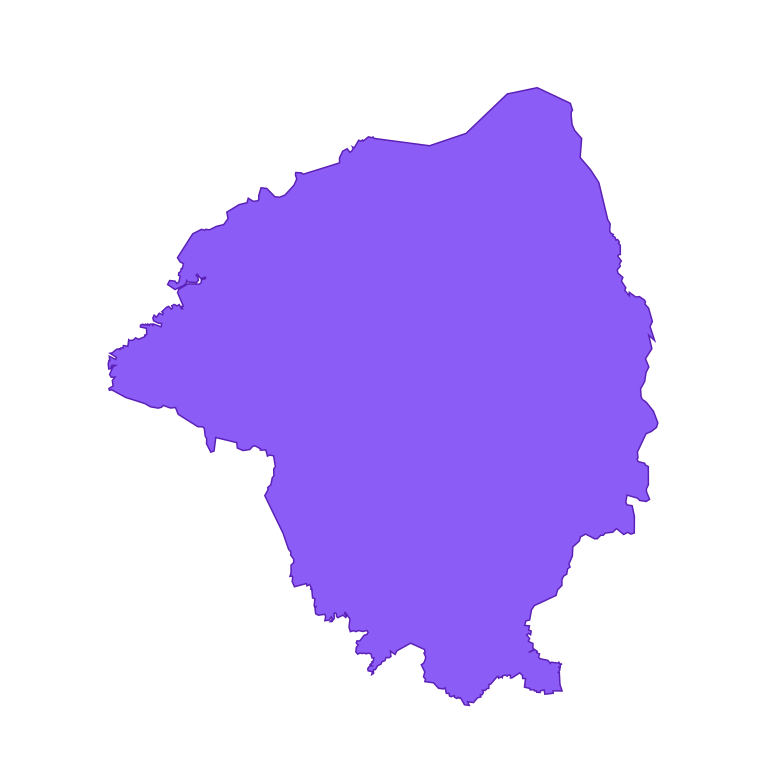 the district of Pampanga, Pampanga, Philippines, rotated 96°
{"feature_id": "2640588B20595662599865", "entity_name": "Pampanga", "entity_type": "district", "adm_level": 2, "iso_a3": "PHL", "parent_name": "Philippines", "parent_adm1": "Pampanga", "projection": "albers", "projection_center": [120.654, 15.023], "detail": "fine", "context": "isolated", "style": "filled", "palette": "violet", "viewbox_px": 768, "rotation_deg": 96, "n_neighbors": 0, "source": "geoboundaries", "source_scale": "gbopen_adm2", "svg_char_len": 6164}
<svg xmlns="http://www.w3.org/2000/svg" viewBox="0 0 768 768"><g transform="rotate(96 384 384)"><path d="M280.0,602.6L283.9,599.5L285.3,596.0L290.3,596.7L290.4,597.7L293.3,598.0L294.9,599.7L297.4,599.7L298.1,597.9L304.2,598.8L305.7,600.5L303.5,602.6L303.5,608.0L307.7,609.6L311.9,601.7L306.8,593.2L304.5,591.4L301.8,591.0L303.1,589.9L302.7,581.0L300.2,579.4L297.4,580.2L295.7,582.2L294.3,581.2L298.3,577.2L296.4,572.7L297.8,572.5L299.5,576.5L302.2,576.4L304.0,578.0L304.9,589.5L311.1,597.9L314.6,598.9L327.6,591.7L328.1,593.7L330.2,592.2L330.5,593.1L326.4,596.0L328.0,598.1L326.8,600.9L328.4,603.3L330.3,602.2L331.8,603.4L329.3,606.2L330.5,608.3L335.4,612.5L336.3,611.1L338.2,611.3L337.1,614.9L341.4,617.4L339.5,619.8L342.5,620.8L345.2,619.8L347.1,614.6L347.1,611.4L350.4,611.7L348.6,618.8L349.6,620.1L348.5,620.0L348.9,622.8L350.3,623.3L349.0,625.1L350.4,625.9L349.3,627.3L350.5,628.6L349.7,630.1L350.9,632.3L352.8,632.2L353.5,626.0L359.6,625.2L360.4,627.1L361.9,626.8L365.2,632.8L364.0,635.9L366.5,637.8L367.3,641.2L366.6,642.5L373.3,642.7L373.0,647.2L375.6,647.4L375.5,649.3L377.3,650.2L376.6,650.8L377.5,653.7L381.4,657.5L382.1,659.7L385.4,653.0L387.7,653.5L385.1,660.1L389.3,659.1L389.3,660.0L392.7,660.4L397.9,659.3L397.4,657.5L393.7,656.4L393.6,653.0L395.3,655.4L403.2,657.9L405.8,656.0L405.2,652.3L408.9,654.6L414.3,653.2L417.2,657.1L418.9,656.5L418.3,654.1L424.4,639.4L428.4,620.0L431.1,613.8L431.6,606.0L430.4,602.9L428.4,601.2L430.2,593.9L429.2,588.9L435.7,585.5L445.9,564.7L445.6,559.7L447.2,558.0L454.4,556.4L457.1,554.6L461.9,554.3L469.9,549.1L468.4,546.0L454.8,545.7L457.7,524.3L463.0,523.2L464.9,517.3L463.2,510.6L459.5,507.9L459.1,505.4L461.3,500.2L462.7,500.1L462.0,494.6L467.9,492.4L466.6,490.1L467.0,486.3L477.5,483.4L480.1,484.8L486.9,483.9L488.8,485.3L496.0,486.0L499.2,488.9L501.1,488.2L507.5,490.9L542.8,468.9L558.4,461.6L560.8,459.0L563.8,459.0L567.7,455.5L571.1,455.2L573.8,457.5L581.6,456.7L585.2,457.4L584.6,455.3L585.5,454.6L590.0,454.7L595.0,451.9L590.6,440.3L592.8,439.5L591.2,437.0L593.8,435.3L595.6,435.4L595.4,434.4L604.2,432.7L604.8,430.3L611.7,430.3L613.1,429.7L612.5,428.4L614.9,429.1L619.7,427.9L620.8,425.0L619.2,418.8L621.5,417.7L625.6,418.1L624.5,413.8L621.2,412.1L623.3,410.7L625.9,412.7L625.7,410.9L622.2,408.9L617.6,409.7L616.8,408.9L617.3,407.4L620.1,406.9L621.2,405.4L618.2,400.7L620.2,397.6L618.9,397.0L616.2,399.3L615.2,398.7L621.2,393.3L629.6,393.4L633.8,391.6L632.4,388.1L633.2,386.4L631.8,383.1L632.4,379.5L631.0,375.3L632.6,373.8L634.9,374.9L635.9,377.4L642.0,381.2L642.3,384.1L644.5,384.5L646.3,382.4L648.8,384.0L653.4,384.0L655.4,382.0L653.9,379.3L654.4,377.4L653.5,375.2L654.3,373.7L653.2,371.3L654.0,368.6L657.6,367.4L657.6,365.4L660.6,365.8L661.6,367.0L662.1,366.1L664.3,368.4L665.5,366.4L666.0,368.8L668.7,370.4L670.9,369.8L671.4,365.4L674.2,365.8L672.8,364.1L669.5,364.7L668.9,362.7L664.8,360.9L663.0,357.8L660.4,357.0L659.1,354.2L655.7,353.3L655.8,350.5L654.3,348.6L649.0,349.7L651.8,344.7L648.1,343.4L639.0,330.5L643.8,315.9L647.2,315.1L647.5,316.1L651.1,314.0L653.4,314.1L657.5,315.4L659.3,317.6L666.1,313.3L671.1,314.1L673.2,311.9L675.7,312.3L676.0,303.5L680.9,298.0L681.1,293.2L679.8,291.5L685.1,289.7L685.0,286.9L687.4,286.3L688.0,284.7L686.6,281.4L688.2,281.1L689.1,278.7L687.9,277.6L688.7,276.5L688.0,275.2L694.6,270.4L694.7,265.6L691.3,267.5L691.5,261.7L686.3,258.2L685.1,254.9L683.1,255.7L682.8,253.9L680.5,252.9L678.3,253.9L678.2,251.3L676.2,249.8L675.8,248.0L671.8,248.1L671.4,246.6L663.1,240.8L662.8,239.9L664.6,239.3L663.0,236.7L663.8,235.7L661.7,235.4L660.7,233.0L661.7,231.0L660.3,229.6L660.6,227.7L663.2,227.5L662.8,225.9L657.1,218.8L659.3,215.9L662.4,215.3L662.2,212.5L670.8,212.6L671.6,206.9L672.9,206.7L672.5,202.5L673.5,202.3L673.4,200.2L674.6,199.9L674.5,196.5L673.0,196.5L671.4,192.8L675.7,191.6L673.9,183.4L671.5,183.8L670.7,174.8L664.4,177.6L652.5,179.5L652.6,180.4L649.7,179.2L647.5,180.3L647.6,179.1L645.3,179.4L643.7,177.8L644.2,179.5L642.4,181.0L643.4,181.7L643.2,188.7L644.5,189.4L641.7,192.1L640.9,200.1L639.5,201.7L636.2,201.1L635.2,204.1L633.8,203.7L632.5,206.1L635.8,212.1L632.2,206.9L630.7,208.4L626.5,208.7L624.8,213.6L621.9,212.5L618.7,215.9L616.9,214.0L618.1,212.0L614.3,211.8L613.5,214.4L609.3,214.1L609.4,218.8L604.8,218.2L603.5,214.5L593.1,213.7L588.6,211.3L576.3,190.8L570.7,189.9L565.7,186.0L560.0,186.6L556.5,185.5L554.0,182.4L548.6,182.1L546.6,179.8L543.9,181.3L535.5,178.7L526.3,179.2L519.7,173.3L515.5,172.7L512.2,167.7L515.9,158.4L515.6,155.7L511.8,152.7L511.5,150.1L509.1,148.4L507.5,141.1L503.5,137.6L508.6,129.9L506.0,125.9L507.5,122.8L506.0,119.5L489.6,121.1L479.1,124.5L478.8,129.7L476.1,131.2L469.1,130.7L471.0,120.0L473.1,117.5L473.4,110.8L470.9,107.8L463.9,111.6L460.8,112.1L456.6,110.5L438.5,112.5L437.4,115.4L435.6,116.4L434.6,123.1L432.6,124.4L430.8,123.7L425.2,124.9L406.1,118.2L403.2,113.1L398.7,108.5L394.0,107.6L382.9,113.2L374.6,121.4L372.2,125.7L369.3,127.1L361.9,128.3L354.2,125.0L345.2,124.6L339.4,122.4L331.5,126.6L320.9,121.3L307.8,125.8L312.5,119.4L299.0,125.4L293.8,123.6L280.9,128.8L277.1,133.0L275.1,132.5L273.3,133.7L270.4,139.1L271.2,142.7L267.2,149.6L270.5,149.4L265.6,154.4L263.0,153.6L256.8,158.6L253.0,157.6L249.4,162.8L246.2,164.0L242.1,161.3L240.0,162.4L236.9,160.8L232.6,164.8L231.2,164.5L230.5,162.5L221.2,163.5L219.8,165.5L218.7,164.8L216.9,165.7L215.9,167.0L216.7,168.3L214.0,169.6L212.8,172.2L211.3,171.6L210.4,174.1L208.2,175.6L201.1,175.8L197.3,178.6L161.2,191.4L149.1,201.2L138.3,212.6L119.2,213.1L111.8,221.0L106.2,224.1L97.0,226.0L93.4,226.1L92.2,225.1L85.4,228.0L73.3,262.6L82.6,291.7L126.2,328.6L142.3,363.6L140.8,419.4L139.5,420.6L140.3,422.0L139.8,425.3L144.5,430.0L143.6,430.9L145.0,432.6L144.2,434.6L152.3,438.3L151.6,440.0L152.6,439.3L155.2,440.1L157.2,442.1L153.9,445.2L156.8,449.4L163.8,451.9L168.7,451.3L183.8,486.2L182.6,488.4L182.9,493.8L185.1,494.0L189.3,492.2L195.7,494.3L206.4,502.2L209.1,507.2L209.2,512.1L201.8,521.0L201.7,526.8L209.9,528.3L213.7,527.8L215.0,528.8L216.0,533.1L213.4,538.4L218.0,539.2L220.8,546.9L229.5,558.3L235.9,556.4L242.2,560.1L244.8,567.2L248.9,573.6L248.8,577.6L249.9,578.3L249.2,581.5L254.6,589.9L280.0,602.6Z" fill="#8b5cf6" stroke="#5b21b6" stroke-width="1.5"/></g></svg>